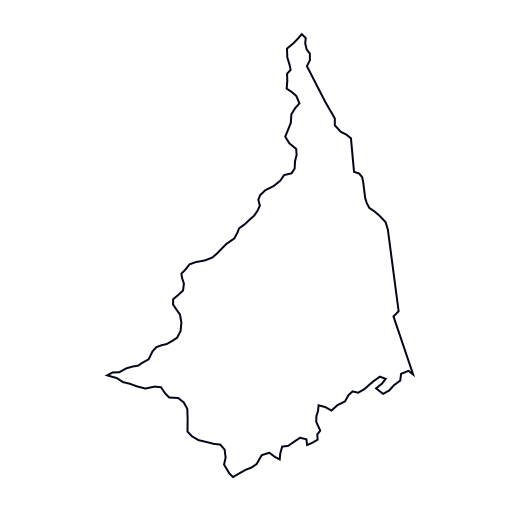 the district of São Miguel das Matas, Bahia, Brazil, rotated 268°
{"feature_id": "56859067B28350872520610", "entity_name": "São Miguel das Matas", "entity_type": "district", "adm_level": 2, "iso_a3": "BRA", "parent_name": "Brazil", "parent_adm1": "Bahia", "projection": "robinson", "projection_center": [-39.418, -13.038], "detail": "fine", "context": "isolated", "style": "outline", "palette": "ink", "viewbox_px": 512, "rotation_deg": 268, "n_neighbors": 0, "source": "geoboundaries", "source_scale": "gbopen_adm2", "svg_char_len": 2156}
<svg xmlns="http://www.w3.org/2000/svg" viewBox="0 0 512 512"><g transform="rotate(268 256 256)"><path d="M132.1,408.9L190.8,391.3L195.8,396.6L277.7,388.7L285.3,386.7L292.0,380.8L296.7,375.6L300.1,370.9L305.1,368.5L310.4,367.1L326.1,365.7L331.0,364.9L334.8,362.0L336.7,356.9L370.3,355.0L374.0,350.8L377.2,345.0L383.9,339.3L390.7,339.6L402.3,333.4L407.8,330.5L444.0,313.5L449.7,316.7L456.3,316.9L460.8,313.8L466.7,312.6L472.1,313.3L476.1,309.5L471.9,305.6L467.2,300.7L462.2,294.2L453.5,294.2L445.9,296.2L440.8,297.1L437.1,293.4L430.2,293.4L422.2,292.5L418.7,297.4L414.5,301.9L407.0,304.7L402.4,300.3L396.4,296.3L387.7,295.4L381.2,292.5L374.2,289.4L367.5,293.2L361.6,299.9L355.4,300.1L349.4,298.3L342.1,297.7L337.4,294.5L335.9,286.9L330.4,282.9L325.3,276.1L321.5,267.7L316.6,262.2L312.1,260.3L306.1,261.6L300.7,258.8L296.2,255.4L292.7,251.1L288.3,246.1L284.2,240.0L279.8,238.2L274.3,234.9L269.1,226.8L263.7,221.1L259.4,216.6L256.0,212.3L253.4,204.9L252.0,195.6L250.0,189.3L244.5,184.6L241.0,180.8L236.3,181.4L230.9,183.0L224.1,181.9L219.4,176.5L215.7,171.7L210.4,171.4L205.0,174.8L200.0,178.0L192.0,179.1L183.6,178.0L177.1,174.3L174.4,170.0L171.1,163.6L170.1,158.5L168.4,153.3L164.4,149.3L156.5,145.1L153.3,138.8L150.5,134.3L149.8,128.6L148.1,122.1L144.6,115.3L144.6,108.5L141.9,103.1L138.9,112.5L134.6,118.7L132.7,125.5L129.9,132.3L127.4,140.8L129.0,150.2L128.2,156.4L121.9,160.4L117.6,164.3L116.8,173.2L112.3,178.6L105.7,182.0L96.2,182.0L89.5,181.7L82.9,181.4L77.9,185.9L74.0,192.1L71.3,202.0L69.7,207.2L68.8,213.7L63.5,217.9L55.6,218.6L48.7,216.8L43.9,219.4L39.7,221.7L35.9,225.3L40.0,233.0L42.7,238.2L44.7,244.1L48.1,249.4L52.4,252.0L56.8,254.8L58.9,262.5L54.3,268.2L51.9,272.6L57.6,273.3L64.6,275.5L65.1,281.5L69.5,288.3L72.8,293.7L71.1,299.9L65.3,300.5L67.3,305.6L70.3,311.2L75.5,311.0L79.2,314.1L88.2,310.4L94.1,310.8L98.9,312.6L104.6,313.3L102.6,320.0L98.9,326.0L104.1,332.2L107.6,339.9L113.8,343.6L117.3,347.8L115.8,353.3L119.2,359.7L123.5,364.9L127.2,369.7L131.1,375.6L128.7,381.3L124.2,377.6L119.5,371.4L113.8,378.2L117.0,384.5L122.0,389.3L126.5,395.8L133.2,396.9L135.9,404.4L132.1,408.9Z" fill="none" stroke="#020617" stroke-width="2"/></g></svg>